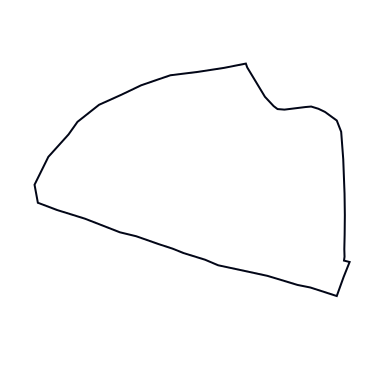 Tokelau, Tuvalu, rotated 263°
{"feature_id": "33948139B19448829688587", "entity_name": "Tokelau", "entity_type": "district", "adm_level": 2, "iso_a3": "TUV", "parent_name": "Tuvalu", "parent_adm1": "", "projection": "natural_earth1", "projection_center": [176.32, -6.281], "detail": "fine", "context": "isolated", "style": "outline", "palette": "ink", "viewbox_px": 384, "rotation_deg": 263, "n_neighbors": 0, "source": "geoboundaries", "source_scale": "gbopen_adm2", "svg_char_len": 742}
<svg xmlns="http://www.w3.org/2000/svg" viewBox="0 0 384 384"><g transform="rotate(263 192 192)"><path d="M255.3,333.7L259.2,327.6L262.3,320.7L262.5,315.0L262.5,308.2L262.5,301.2L262.5,293.8L263.9,287.0L267.3,283.5L277.6,276.0L308.9,262.0L312.9,261.1L311.3,239.0L310.5,212.4L310.5,184.8L307.7,171.4L304.1,154.5L297.0,133.3L289.9,110.4L275.6,86.9L264.2,76.5L244.4,53.7L218.4,36.6L200.1,37.7L190.5,56.0L178.6,82.4L160.8,115.5L154.9,131.2L144.4,152.4L138.2,165.7L132.4,176.2L123.2,196.7L116.1,209.0L99.6,256.6L86.9,285.4L82.8,297.8L71.1,323.0L89.1,332.1L103.3,339.9L105.4,334.5L109.1,335.5L116.6,336.2L131.0,338.3L150.5,340.9L171.7,343.2L206.1,346.1L233.6,347.4L245.3,344.4L255.3,333.7Z" fill="none" stroke="#020617" stroke-width="2"/></g></svg>